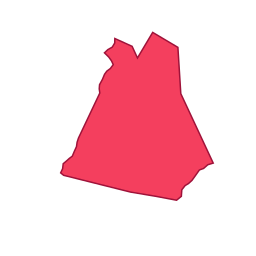 the district of Alagoinha, Paraíba, Brazil, rotated 64°
{"feature_id": "56859067B68109418680898", "entity_name": "Alagoinha", "entity_type": "district", "adm_level": 2, "iso_a3": "BRA", "parent_name": "Brazil", "parent_adm1": "Paraíba", "projection": "mercator", "projection_center": [-35.53, -6.971], "detail": "fine", "context": "isolated", "style": "filled", "palette": "rose", "viewbox_px": 256, "rotation_deg": 64, "n_neighbors": 0, "source": "geoboundaries", "source_scale": "gbopen_adm2", "svg_char_len": 679}
<svg xmlns="http://www.w3.org/2000/svg" viewBox="0 0 256 256"><g transform="rotate(64 128 128)"><path d="M142.3,206.6L186.8,153.7L201.7,132.8L214.2,116.0L212.8,110.0L207.1,106.7L204.8,101.9L204.4,97.8L203.1,93.4L200.4,88.4L197.0,82.2L197.5,77.8L196.0,72.4L196.9,66.8L120.3,65.5L77.4,47.8L52.9,63.9L69.2,88.8L56.4,88.5L41.8,100.6L45.8,102.7L48.4,106.7L48.7,111.7L50.1,116.2L55.8,114.2L60.4,113.4L64.6,113.5L66.8,117.8L67.6,122.1L69.4,125.5L73.1,129.7L76.6,134.6L80.2,136.7L84.2,138.0L115.3,176.9L118.5,180.0L122.2,182.5L125.4,186.4L128.9,190.4L129.6,194.1L130.7,197.9L131.7,201.9L135.9,204.6L138.8,208.2L142.3,206.6Z" fill="#f43f5e" stroke="#9f1239" stroke-width="1.5"/></g></svg>